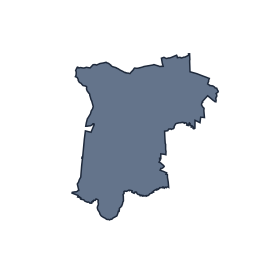 Tibana, Iasi, Romania (Equal Earth projection), rotated 293°
{"feature_id": "2599482B79460431929745", "entity_name": "Tibana", "entity_type": "district", "adm_level": 2, "iso_a3": "ROU", "parent_name": "Romania", "parent_adm1": "Iasi", "projection": "equal_earth", "projection_center": [27.326, 46.993], "detail": "fine", "context": "isolated", "style": "filled", "palette": "slate", "viewbox_px": 256, "rotation_deg": 293, "n_neighbors": 0, "source": "geoboundaries", "source_scale": "gbopen_adm2", "svg_char_len": 5812}
<svg xmlns="http://www.w3.org/2000/svg" viewBox="0 0 256 256"><g transform="rotate(293 128 128)"><path d="M220.4,155.7L219.9,154.7L218.6,155.4L218.2,155.0L216.1,153.2L215.4,152.7L215.2,151.9L213.4,150.0L213.2,149.4L213.5,149.0L213.0,147.4L212.3,146.6L212.0,146.0L213.2,145.2L214.0,144.3L209.7,140.1L208.5,138.6L208.3,137.9L207.9,137.5L207.0,136.3L206.9,135.6L207.1,133.5L205.3,131.5L201.4,134.0L198.5,136.3L197.9,135.1L197.9,134.6L197.6,134.4L197.3,133.7L197.0,133.3L197.0,131.9L196.5,127.1L195.6,126.1L190.8,118.6L189.8,117.6L186.9,113.8L186.2,112.3L185.8,110.7L185.3,110.4L183.4,110.1L180.5,109.0L179.0,108.6L179.0,108.4L178.8,108.2L178.7,107.7L178.7,107.3L178.5,106.3L178.2,105.9L178.1,105.4L178.2,105.1L177.9,104.6L178.1,103.8L177.8,103.5L178.1,101.0L178.2,98.6L178.7,95.5L178.7,94.6L178.6,94.1L178.8,93.8L178.8,92.9L178.4,89.7L178.6,88.6L178.9,87.7L179.1,87.7L179.8,85.2L179.9,84.6L179.7,82.3L179.9,82.1L178.1,79.7L176.4,77.0L173.7,74.5L173.6,74.0L173.7,73.7L173.3,72.4L172.7,71.3L172.4,71.0L171.3,70.7L170.7,70.4L168.6,69.7L168.4,69.3L167.6,65.9L166.3,64.5L165.7,63.4L165.2,61.1L165.0,60.5L164.3,59.6L163.9,58.5L164.3,58.5L164.4,58.0L164.2,57.6L162.9,57.4L161.1,57.4L160.6,57.3L159.4,58.4L158.0,59.0L156.1,59.6L154.7,59.5L154.7,61.2L154.5,61.7L153.1,63.3L152.3,63.6L151.0,65.4L150.9,66.3L150.7,67.6L150.1,68.6L149.5,70.0L150.0,72.5L149.9,73.6L149.8,73.8L149.4,74.0L147.8,74.5L146.4,75.7L145.6,76.8L145.5,77.3L144.8,78.1L144.8,78.5L144.2,79.5L143.2,80.0L141.8,81.2L140.1,82.5L139.2,83.4L138.9,83.9L134.2,87.6L131.8,87.9L129.3,87.5L126.3,87.9L122.1,87.3L120.6,87.0L116.5,87.6L113.1,88.4L113.5,89.4L114.7,91.3L115.4,92.6L117.4,94.1L118.1,94.0L118.5,94.7L118.4,95.3L117.7,95.6L109.6,95.6L108.7,89.9L100.9,92.1L83.3,97.7L83.1,97.0L82.2,97.3L82.5,97.9L75.1,100.1L64.3,103.7L61.5,103.4L58.5,103.6L57.1,103.2L56.5,103.3L51.5,107.0L51.1,106.5L50.1,106.2L49.1,105.3L48.2,103.6L47.0,101.8L46.2,101.9L46.4,108.5L44.8,108.6L45.0,109.7L45.3,109.6L45.5,109.7L45.7,110.2L45.3,111.0L45.4,111.6L45.2,111.9L45.0,112.1L44.3,111.8L44.0,112.4L44.6,115.1L44.6,115.4L43.9,116.6L43.8,117.5L43.9,118.4L43.8,119.0L43.9,119.8L44.2,120.1L44.4,120.8L44.2,121.7L43.9,122.2L44.6,123.9L45.4,123.5L46.4,123.8L47.1,124.2L46.4,124.5L46.8,124.8L48.2,124.8L48.6,126.1L50.2,126.3L50.2,128.3L49.8,128.9L48.2,129.3L46.6,130.4L46.0,130.5L45.5,130.7L44.1,130.6L42.8,130.8L42.1,131.2L40.9,132.2L39.3,134.6L37.8,135.9L36.8,137.3L36.5,138.2L36.1,140.5L36.1,141.8L35.6,143.9L35.7,144.7L36.2,145.7L36.2,147.0L37.1,147.5L37.5,148.5L37.8,148.8L39.7,149.6L40.7,150.6L41.7,151.2L42.4,151.9L42.8,152.1L45.5,152.0L47.6,151.7L47.8,152.4L49.7,151.9L50.0,151.6L50.9,151.5L52.5,152.3L53.7,152.4L53.9,152.7L55.3,152.5L55.8,152.6L57.5,152.2L59.1,152.3L63.1,150.5L64.7,149.5L65.4,149.6L66.0,149.9L66.8,149.8L67.3,149.3L67.9,149.1L68.1,149.2L68.7,149.8L69.0,151.1L69.2,151.5L71.2,153.1L71.2,153.3L70.9,153.6L70.9,153.9L71.2,153.9L71.5,154.1L71.7,155.6L71.4,155.8L71.4,156.0L71.6,156.3L70.5,156.5L70.4,156.7L70.6,157.2L70.5,157.6L70.3,157.9L70.3,159.2L71.1,159.4L71.5,159.3L72.0,159.7L72.2,160.3L72.2,160.9L71.6,161.0L71.4,161.9L71.0,162.3L70.8,163.2L70.9,163.8L71.3,164.8L71.2,165.1L71.0,165.4L70.4,165.5L70.4,165.8L70.9,166.1L71.2,167.2L71.3,167.0L71.5,167.0L71.5,167.9L71.0,168.0L71.1,168.3L71.3,168.6L71.7,168.7L71.6,168.9L71.8,169.6L72.9,171.2L72.4,171.5L72.8,171.9L73.4,172.3L73.6,172.8L74.1,173.0L74.5,173.4L75.8,173.7L77.2,175.0L77.4,175.4L78.0,175.3L78.0,175.5L78.3,175.5L78.5,175.6L78.4,175.9L78.7,176.1L78.8,175.9L79.1,176.0L78.9,176.5L79.0,176.6L79.3,176.2L79.6,176.0L80.7,176.5L81.7,177.4L81.9,178.1L82.3,177.8L82.5,178.0L82.4,178.2L82.7,178.3L82.9,178.3L83.0,178.5L82.8,178.7L83.1,179.0L82.8,179.3L83.3,179.8L83.9,179.7L84.2,180.3L84.4,180.4L85.3,180.4L85.3,180.9L86.1,181.6L86.4,182.6L86.4,182.9L86.5,183.2L86.6,182.9L86.9,182.9L87.3,183.1L87.4,183.5L86.9,183.5L86.7,183.7L86.8,184.2L87.4,184.4L87.4,184.6L87.5,184.9L87.2,185.1L88.2,185.6L88.2,186.0L88.1,186.4L88.1,186.7L88.9,187.0L89.3,187.5L89.4,188.1L89.3,188.6L93.7,186.3L98.0,183.6L100.6,182.4L100.3,181.0L101.9,181.0L101.8,179.5L101.9,177.6L101.7,175.1L101.7,174.0L103.5,174.1L103.4,174.4L104.3,175.2L105.4,175.9L106.0,176.0L106.3,176.3L106.9,176.3L107.6,174.9L107.7,174.3L108.6,171.7L108.7,169.9L111.3,170.2L111.6,169.3L112.5,168.9L112.8,170.1L117.0,168.3L118.0,171.8L118.2,173.3L121.6,172.0L121.9,171.6L122.6,171.3L122.8,171.1L127.7,169.0L128.5,168.2L132.7,166.1L139.4,162.9L140.3,164.5L140.7,164.9L140.9,165.5L141.1,165.7L142.6,165.8L143.1,166.1L143.2,166.7L143.7,167.3L143.8,167.9L143.6,168.4L144.6,169.3L144.9,169.9L146.2,170.4L147.4,169.9L150.2,170.2L150.7,170.4L151.6,171.4L152.1,172.2L152.5,172.5L153.3,174.2L154.5,175.9L154.5,176.8L154.9,177.2L154.9,177.5L154.4,177.9L154.4,178.2L155.0,178.5L155.4,179.1L155.4,179.4L155.1,180.0L154.9,180.2L154.7,180.9L154.4,181.0L153.9,180.9L153.6,180.9L153.6,181.5L153.8,182.1L153.8,182.5L155.4,182.7L155.8,182.4L156.6,182.5L156.3,183.5L154.9,183.8L154.5,184.2L154.6,184.4L155.0,184.9L155.0,186.1L153.6,185.8L153.6,186.1L154.0,186.4L154.5,187.3L154.4,187.7L154.2,187.9L153.3,187.9L153.0,188.1L153.0,189.0L153.9,189.7L161.3,186.7L161.0,192.2L166.3,190.7L167.0,192.6L167.5,194.3L173.7,191.0L175.9,190.3L176.5,188.7L177.9,186.7L179.6,186.2L181.0,186.7L181.4,186.1L188.8,188.7L187.6,192.9L186.8,195.3L186.5,196.9L186.2,197.6L186.3,198.2L186.5,198.7L186.9,198.5L187.5,198.4L188.1,198.2L189.4,197.2L190.0,197.3L190.6,196.9L191.2,197.3L192.2,197.3L192.5,197.1L193.4,196.5L194.2,195.6L195.9,196.7L196.3,196.8L197.1,196.7L198.0,195.4L199.3,194.1L198.9,192.6L199.5,191.7L199.9,189.5L199.6,189.0L199.4,187.5L199.0,186.8L199.3,186.1L199.7,184.1L200.7,184.0L202.5,184.0L203.2,183.6L205.4,183.5L205.3,182.0L205.3,180.4L205.1,176.6L204.9,170.2L204.0,163.1L213.0,158.9L214.4,158.3L214.9,158.3L220.4,155.7Z" fill="#64748b" stroke="#1e293b" stroke-width="1.5"/></g></svg>